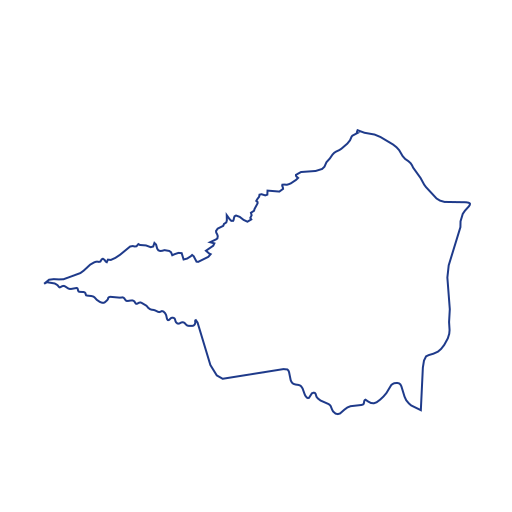 map outline of Nana-Grébizi (Albers equal-area conic projection), rotated 280°
{"feature_id": "CAF-807", "entity_name": "Nana-Grébizi", "entity_type": "Economic Prefecture", "adm_level": 1, "iso_a3": "CAF", "parent_name": "Central African Republic", "parent_adm1": "", "projection": "albers", "projection_center": [19.251, 7.51], "detail": "fine", "context": "isolated", "style": "outline", "palette": "blue", "viewbox_px": 512, "rotation_deg": 280, "n_neighbors": 0, "source": "natural_earth", "source_scale": "10m", "svg_char_len": 4388}
<svg xmlns="http://www.w3.org/2000/svg" viewBox="0 0 512 512"><g transform="rotate(280 256 256)"><path d="M191.9,52.2L196.7,56.3L198.1,60.9L198.7,65.9L199.7,70.5L208.7,86.0L211.6,88.8L218.7,94.2L221.6,97.7L222.3,98.9L222.7,99.9L222.9,100.9L222.9,102.3L223.5,103.7L225.9,104.6L226.7,105.7L225.9,107.5L224.4,109.0L224.0,110.1L226.7,110.8L226.9,113.7L229.7,117.8L233.6,121.9L243.5,130.4L244.4,132.9L244.3,134.9L244.8,136.6L247.3,138.1L246.7,139.8L247.3,145.8L246.4,150.8L247.5,153.1L251.2,153.7L249.9,155.6L246.1,157.4L244.6,158.9L244.3,160.8L244.8,162.6L245.9,164.9L245.9,169.7L244.9,171.7L242.2,173.4L243.7,175.6L245.6,179.1L245.9,182.3L240.0,185.3L241.5,188.6L244.4,191.8L245.9,192.9L244.9,194.7L240.1,198.4L240.2,200.1L246.9,209.2L249.9,211.0L250.3,209.5L252.5,205.8L258.7,212.1L261.2,212.8L261.6,208.4L265.6,214.0L266.6,214.9L268.9,214.9L270.6,214.0L272.1,212.8L273.7,212.3L276.3,213.5L280.0,218.5L282.0,218.9L283.9,220.9L286.0,221.1L291.1,220.1L287.7,223.6L286.3,225.6L286.7,227.4L287.9,227.7L289.6,227.7L291.4,228.0L292.4,229.3L291.7,233.2L289.4,237.5L288.3,241.6L291.2,245.0L292.5,243.8L295.4,244.6L297.7,243.5L300.2,246.2L302.1,246.4L308.1,248.4L309.4,248.2L310.3,246.7L312.4,247.5L314.9,248.8L317.0,248.8L317.8,250.7L317.3,254.6L318.4,256.5L322.4,256.0L323.5,267.8L326.8,271.0L328.3,270.5L329.7,269.6L330.8,269.6L331.3,271.6L331.4,273.1L331.6,274.2L332.5,276.0L333.6,277.7L338.0,282.3L340.2,283.9L341.3,282.0L342.0,281.4L342.9,281.3L346.5,285.7L350.1,300.0L353.2,306.0L355.8,307.9L360.6,309.1L364.9,311.8L369.1,313.7L371.2,315.1L372.7,316.7L374.8,319.7L376.5,321.5L382.5,326.4L386.3,328.5L390.1,329.4L391.2,330.0L394.7,334.5L394.7,333.9L395.9,333.9L397.5,334.2L396.2,341.4L396.2,351.7L394.8,357.9L389.6,371.6L387.5,375.5L385.1,378.6L379.9,383.0L377.5,386.0L375.8,389.7L374.2,392.2L372.4,393.9L370.3,395.4L361.4,404.5L355.5,409.2L353.4,411.4L344.0,423.8L342.5,427.6L342.0,432.3L345.4,453.5L345.4,455.9L345.1,457.1L344.7,457.6L343.6,457.7L342.0,457.1L336.9,453.9L333.4,452.3L325.7,451.4L319.9,452.3L280.3,447.4L268.0,448.2L237.2,456.1L224.5,457.6L216.6,459.5L212.9,459.8L208.2,459.2L201.1,456.8L196.6,454.4L193.4,451.8L190.6,447.7L188.4,443.3L186.7,440.9L182.2,439.6L175.1,439.7L132.8,445.1L135.8,434.7L137.4,432.1L140.0,429.0L143.3,426.7L152.9,421.8L154.6,420.5L155.4,419.0L155.5,417.0L154.7,414.2L153.6,412.7L152.4,411.6L143.6,408.2L139.7,405.9L136.1,403.2L132.9,400.2L131.4,397.6L131.2,394.7L132.2,391.6L133.5,388.8L132.9,388.1L132.0,387.8L129.8,387.8L128.9,387.6L128.3,387.1L127.6,385.7L124.5,375.2L122.7,372.3L120.1,369.8L115.5,366.1L114.5,364.0L114.6,361.7L116.3,358.9L118.1,357.5L121.2,355.6L122.2,354.4L122.8,353.1L124.9,344.6L126.5,341.6L127.9,340.0L130.5,338.7L131.4,337.7L131.4,336.5L130.5,334.9L125.5,332.8L125.1,331.8L125.4,330.6L127.0,328.8L128.5,327.8L133.6,324.9L134.8,323.8L135.7,322.8L136.2,321.6L136.4,320.1L136.3,317.4L136.5,315.6L137.0,314.1L138.4,312.6L139.8,311.7L147.4,308.7L148.8,307.8L149.7,306.6L149.4,302.7L129.3,244.5L131.6,238.1L140.7,230.0L180.3,210.0L182.4,207.9L182.0,207.4L181.2,207.4L180.4,207.7L179.7,207.8L178.9,207.7L178.1,207.6L177.3,207.1L176.6,206.5L176.2,205.6L175.6,202.5L175.5,201.3L175.7,200.1L176.4,198.9L177.7,197.2L178.0,196.2L178.0,195.1L177.5,193.9L176.2,192.2L175.9,191.3L175.9,190.3L176.8,188.8L177.7,188.1L179.4,187.3L179.9,187.0L180.4,186.5L180.7,185.7L180.8,184.7L180.4,183.5L179.9,182.9L178.2,181.7L177.7,181.1L177.6,180.3L178.2,179.6L179.0,179.1L181.9,177.9L182.7,177.4L184.1,176.2L184.6,175.4L185.2,174.6L185.4,173.6L185.3,172.6L184.5,171.6L184.0,170.6L184.0,169.3L184.9,166.1L185.1,164.6L185.0,162.4L185.3,160.7L186.4,158.6L187.3,157.7L188.1,156.5L190.0,151.4L190.2,150.1L189.5,148.6L188.8,147.8L188.2,146.9L188.2,146.0L189.2,144.9L190.1,144.2L190.6,143.1L190.8,141.9L190.3,140.0L189.5,137.7L189.3,136.7L189.5,135.7L190.5,134.5L191.4,133.7L191.9,132.8L192.1,131.8L191.7,130.6L191.3,128.9L190.5,119.5L189.7,118.1L189.0,117.7L188.1,117.7L187.2,117.4L186.5,117.0L184.2,115.2L183.6,114.4L183.3,113.5L183.3,112.0L183.7,110.1L185.2,106.8L187.2,104.2L187.8,102.9L188.0,100.9L187.7,96.7L187.8,95.5L188.7,94.9L189.6,94.6L190.3,93.8L190.6,92.6L190.1,88.8L190.2,87.5L191.2,86.7L192.3,86.3L193.1,85.8L193.4,85.0L191.4,79.5L191.2,78.2L191.4,76.8L192.9,73.3L193.2,72.0L192.7,70.5L191.4,68.8L191.0,68.2L191.1,67.7L191.5,67.1L192.8,65.6L193.5,63.9L194.0,62.5L193.9,54.7L191.9,52.2Z" fill="none" stroke="#1e3a8a" stroke-width="2"/></g></svg>